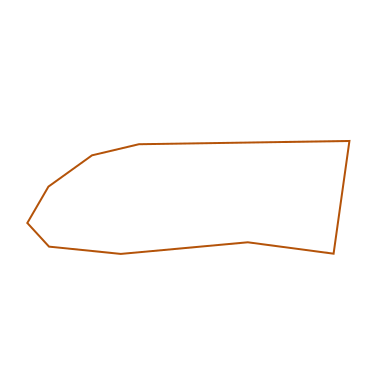 outline of Ngarchelong, rotated 284°
{"feature_id": "PLW-5252", "entity_name": "Ngarchelong", "entity_type": "state/province", "adm_level": 1, "iso_a3": "PLW", "parent_name": "Palau", "parent_adm1": "", "projection": "equal_earth", "projection_center": [134.636, 7.709], "detail": "fine", "context": "isolated", "style": "outline", "palette": "amber", "viewbox_px": 384, "rotation_deg": 284, "n_neighbors": 0, "source": "natural_earth", "source_scale": "10m", "svg_char_len": 282}
<svg xmlns="http://www.w3.org/2000/svg" viewBox="0 0 384 384"><g transform="rotate(284 192 192)"><path d="M166.4,344.3L156.7,258.3L114.7,137.9L104.4,66.5L122.1,39.7L162.5,51.4L203.4,86.1L225.5,128.9L279.6,332.4L166.4,344.3Z" fill="none" stroke="#b45309" stroke-width="2"/></g></svg>